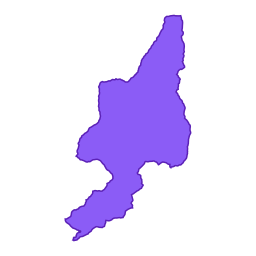 Kazhi, Wangdi Phodrang, Bhutan (orthographic projection)
{"feature_id": "84629894B17880677073525", "entity_name": "Kazhi", "entity_type": "district", "adm_level": 2, "iso_a3": "BTN", "parent_name": "Bhutan", "parent_adm1": "Wangdi Phodrang", "projection": "orthographic", "projection_center": [90.104, 27.757], "detail": "fine", "context": "isolated", "style": "filled", "palette": "violet", "viewbox_px": 256, "rotation_deg": 0, "n_neighbors": 0, "source": "geoboundaries", "source_scale": "gbopen_adm2", "svg_char_len": 5797}
<svg xmlns="http://www.w3.org/2000/svg" viewBox="0 0 256 256"><path d="M170.9,167.7L171.1,167.2L171.7,166.9L172.7,166.8L173.6,166.5L174.2,166.3L174.6,165.8L175.3,165.6L176.2,165.7L177.8,165.9L179.4,164.9L180.6,164.9L181.2,164.6L182.0,163.7L183.0,162.9L184.0,161.0L184.7,160.5L186.4,158.3L186.8,156.9L187.1,154.8L187.5,153.6L187.4,151.9L187.6,151.3L187.4,150.4L187.6,148.9L187.4,146.7L187.5,146.2L187.9,145.7L188.0,144.7L188.3,143.8L188.5,139.4L189.3,136.0L189.8,134.7L190.6,133.3L190.7,132.8L190.4,131.3L190.1,130.8L190.0,129.5L190.1,127.8L190.3,126.9L190.1,125.2L189.0,124.1L188.5,122.8L187.4,121.1L186.6,120.0L185.4,119.0L184.6,118.2L185.0,116.9L184.7,116.0L184.0,114.8L183.9,113.9L184.2,111.3L185.1,108.1L184.9,107.1L184.2,105.6L183.6,103.9L182.5,102.8L182.3,101.3L181.6,100.2L180.7,99.6L180.2,98.9L179.7,98.5L179.1,96.3L178.1,95.4L177.9,94.4L177.6,93.7L177.0,92.9L176.4,92.6L176.1,91.9L176.5,90.8L177.0,89.8L178.2,89.3L178.0,87.7L178.4,86.2L178.4,83.7L179.3,83.2L179.5,82.2L179.6,80.6L179.5,80.2L180.0,79.7L180.2,79.3L179.8,78.4L178.3,77.0L178.4,76.5L178.2,76.0L176.7,74.4L177.2,73.9L177.7,72.8L178.0,71.5L178.7,70.5L180.0,69.5L180.9,69.1L181.7,69.4L183.6,68.1L184.6,67.2L184.5,66.0L183.8,65.2L183.6,64.3L183.1,63.5L182.8,62.3L182.4,61.6L183.2,60.6L182.9,58.4L183.4,57.7L184.0,55.8L183.8,55.1L183.2,54.0L183.5,53.6L183.5,53.1L184.1,52.2L184.3,51.4L183.9,50.3L184.3,46.3L184.0,43.8L182.9,41.6L182.2,40.6L181.4,37.2L181.5,37.0L181.4,36.2L182.9,34.7L183.2,33.5L183.2,32.5L182.9,31.7L182.3,31.2L181.9,30.2L182.3,28.1L182.4,25.7L182.6,22.7L182.4,20.8L181.3,19.2L181.4,18.2L180.7,15.7L179.3,15.9L175.4,15.8L174.1,15.4L170.1,15.9L168.8,16.4L166.7,16.4L166.1,16.8L164.9,17.9L164.6,18.7L164.3,20.5L164.8,21.6L164.7,22.7L164.5,23.1L163.8,23.9L163.1,25.5L163.3,27.0L163.0,28.3L163.0,28.8L161.3,30.5L161.1,31.4L160.5,32.1L159.0,35.7L158.4,36.3L157.9,37.0L157.4,37.3L156.9,37.9L156.7,38.2L156.8,39.0L156.5,40.3L156.0,40.9L154.8,41.4L153.9,42.3L153.2,44.3L151.5,46.2L150.8,48.1L149.5,49.3L148.7,50.4L148.2,52.1L147.2,53.3L146.1,53.7L145.7,54.2L145.5,55.1L145.1,55.3L144.7,55.9L144.2,56.2L143.6,57.1L143.6,57.6L142.3,59.0L142.2,59.4L141.5,60.5L141.4,61.8L140.9,63.1L140.6,65.4L139.6,66.2L139.2,66.8L138.9,67.9L138.5,68.9L138.5,70.0L138.1,70.6L138.0,72.0L136.2,73.6L135.9,74.4L135.0,74.8L134.8,75.3L134.2,75.9L133.4,77.0L132.1,77.7L131.1,78.1L130.7,78.5L130.4,79.4L129.2,80.5L128.9,81.1L127.7,82.0L125.3,82.0L123.8,80.8L122.8,80.5L122.2,80.0L121.5,80.0L120.4,79.2L119.5,79.1L117.7,79.5L116.7,79.3L116.1,78.8L115.9,78.8L115.5,79.3L114.9,79.8L112.4,79.5L110.2,80.9L108.6,80.9L106.5,81.8L105.7,81.8L104.5,82.0L103.4,82.0L102.6,81.6L102.3,81.6L100.7,82.4L100.1,83.2L99.5,85.2L98.7,86.8L98.8,87.3L99.4,88.7L99.3,91.7L99.6,92.8L99.4,94.3L98.6,96.2L98.9,97.2L98.9,98.8L98.6,99.9L98.6,101.0L99.0,103.2L98.5,106.4L99.0,107.8L99.0,110.5L99.6,111.3L100.0,112.2L100.0,113.8L100.5,116.1L99.8,119.2L98.9,120.6L98.5,122.1L98.2,122.5L97.5,123.0L97.2,123.5L95.3,124.7L94.4,124.9L91.5,126.9L89.5,127.9L88.8,129.0L88.0,131.1L86.3,132.6L84.7,133.4L83.6,134.7L81.8,135.9L81.6,136.3L81.5,137.5L80.2,138.3L79.9,139.0L79.4,141.3L79.0,142.2L78.5,142.7L78.2,143.5L78.2,143.8L79.0,145.0L78.2,148.4L77.2,150.4L77.1,152.0L77.7,152.8L77.8,154.2L76.1,156.2L76.2,156.4L76.8,156.4L77.5,157.0L78.1,157.8L78.8,158.0L80.3,159.8L81.7,159.9L84.3,160.9L85.7,161.7L86.5,162.0L87.8,162.0L88.3,161.6L88.8,161.5L89.5,161.7L90.1,161.6L92.8,159.8L94.7,159.6L96.2,159.3L97.8,159.4L100.5,160.7L102.8,163.7L104.0,164.6L106.2,168.7L106.9,169.6L107.7,170.2L108.8,170.6L111.2,173.4L112.2,174.1L112.9,176.4L112.9,178.7L111.9,180.0L110.2,181.0L109.7,182.0L109.3,182.4L107.0,183.5L107.1,183.9L107.1,184.9L107.0,185.5L106.7,186.1L104.3,189.5L103.1,190.2L102.4,190.9L101.0,191.2L99.1,190.7L97.4,191.0L95.7,190.6L94.9,190.6L94.3,190.7L93.3,191.2L92.8,191.2L92.7,193.2L92.0,194.5L91.1,195.4L90.7,196.3L90.0,196.8L89.3,196.9L88.0,198.9L87.3,199.5L86.0,200.0L86.4,200.7L86.3,201.5L85.6,202.4L85.4,203.9L83.8,206.1L82.0,206.3L80.1,207.0L79.0,207.7L78.9,208.3L78.1,209.0L77.3,209.1L76.2,209.9L74.3,209.9L73.6,210.2L72.2,211.4L71.6,212.3L71.2,214.9L70.7,216.5L66.7,218.9L65.8,219.2L65.3,219.0L65.3,220.2L65.6,221.2L66.4,222.4L69.5,224.5L70.6,226.0L72.8,228.0L75.6,229.0L77.1,230.0L78.2,230.2L79.5,230.8L80.4,231.0L80.6,231.2L80.5,231.9L79.8,232.4L78.7,232.1L78.6,232.4L77.1,233.4L76.6,234.4L76.4,235.6L76.2,235.6L76.2,236.4L76.0,237.0L74.7,237.4L74.0,237.3L73.4,238.1L73.4,238.4L73.6,239.0L72.9,240.0L73.6,240.2L73.8,240.6L74.0,240.6L74.7,240.3L75.8,240.2L77.2,239.8L77.7,239.1L78.8,238.4L79.8,237.1L80.6,236.7L82.7,236.4L87.1,234.2L88.0,234.0L88.8,232.7L91.1,231.2L91.9,229.7L93.0,228.6L96.0,226.7L97.0,226.7L98.5,227.0L99.0,227.3L102.3,227.5L103.3,226.8L104.4,226.4L105.1,223.9L105.7,222.6L105.6,221.8L105.9,220.4L108.4,220.8L109.7,220.7L111.7,219.8L112.5,218.9L113.9,218.2L115.1,218.0L116.8,218.0L118.5,217.7L119.6,217.6L120.5,217.9L123.1,217.5L123.4,216.5L123.9,216.1L124.9,214.5L125.5,211.1L128.2,209.2L130.9,208.0L132.6,207.9L132.3,206.2L132.5,205.7L132.5,205.2L131.1,203.3L131.5,202.2L132.4,201.2L132.8,200.6L132.9,200.1L131.5,194.7L132.3,194.2L133.3,193.8L134.9,192.5L136.0,191.8L136.6,191.2L138.5,190.3L140.1,188.9L141.4,188.3L141.9,187.4L142.0,186.9L143.1,185.4L143.1,185.0L141.7,183.7L141.5,183.3L142.0,182.2L141.8,181.2L141.7,179.4L140.9,178.5L140.7,176.7L140.8,176.1L140.7,175.6L140.5,175.3L139.1,174.5L138.1,174.4L137.4,173.3L137.4,172.6L138.3,171.7L138.5,170.9L138.8,169.1L139.8,168.3L141.8,166.4L144.0,164.1L144.6,163.1L144.7,162.4L145.1,161.8L145.6,161.5L148.0,161.8L149.5,161.4L152.1,161.3L153.2,161.0L154.3,161.1L155.4,161.8L156.6,162.1L157.9,163.8L158.4,164.7L159.0,164.5L160.4,163.3L162.3,162.1L163.6,162.1L166.4,162.8L167.4,163.7L168.5,164.3L169.9,164.4L169.8,165.7L170.0,167.0L170.9,167.7Z" fill="#8b5cf6" stroke="#5b21b6" stroke-width="1.5"/></svg>